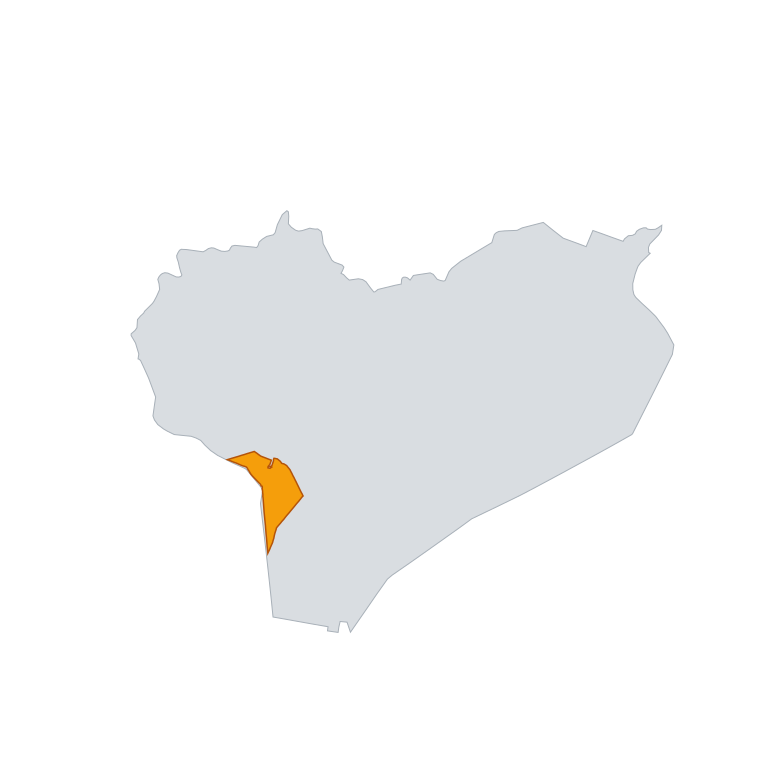 Al-Kaim, Al-Anbar, Iraq (highlighted), rotated 294°
{"feature_id": "34846034B30812362008382", "entity_name": "Al-Kaim", "entity_type": "district", "adm_level": 2, "iso_a3": "IRQ", "parent_name": "Iraq", "parent_adm1": "Al-Anbar", "projection": "albers", "projection_center": [41.099, 34.433], "detail": "fine", "context": "in_parent", "style": "filled", "palette": "amber", "viewbox_px": 768, "rotation_deg": 294, "n_neighbors": 0, "source": "geoboundaries", "source_scale": "gbopen_adm2", "svg_char_len": 5201}
<svg xmlns="http://www.w3.org/2000/svg" viewBox="0 0 768 768"><g transform="rotate(294 384 384)"><path d="M306.9,149.1L311.7,147.8L320.4,140.3L325.4,133.3L327.0,132.6L331.7,134.8L335.0,135.4L342.6,132.6L347.1,133.9L351.0,135.6L353.1,135.7L363.4,139.7L366.0,140.2L371.3,140.6L379.1,140.6L384.1,137.7L387.6,134.8L390.1,134.8L392.6,135.4L394.7,136.5L396.5,138.5L397.4,141.4L397.3,150.6L398.2,153.0L399.6,154.7L401.4,155.0L403.5,152.9L407.1,149.9L411.6,146.6L415.0,143.5L416.9,142.4L420.0,142.4L423.0,142.8L424.7,144.1L424.8,144.6L426.5,148.9L431.2,165.0L433.6,166.9L436.3,168.5L438.2,170.9L439.0,173.3L439.0,177.0L439.2,181.4L440.4,184.7L442.0,187.2L443.5,188.4L445.6,188.4L448.2,189.0L450.0,191.4L456.2,209.7L456.8,212.1L459.2,212.7L462.9,212.2L466.9,214.0L471.1,216.8L475.3,222.2L478.0,223.0L486.1,221.8L497.4,222.2L502.8,224.8L502.4,226.6L498.4,228.8L491.4,231.5L489.5,235.6L488.5,240.8L488.9,243.7L490.8,246.8L496.2,252.9L496.6,255.1L497.6,258.3L498.7,260.4L497.8,264.7L493.4,267.8L487.5,271.3L475.9,286.0L475.1,289.1L475.6,297.4L474.5,299.8L470.6,300.0L467.6,299.7L467.5,302.6L465.8,306.6L464.8,310.0L469.7,317.8L470.7,322.0L470.1,325.9L466.2,332.7L463.9,337.3L464.6,338.3L467.9,340.0L478.8,354.1L482.3,359.1L486.6,357.6L488.2,357.6L489.5,358.4L490.3,360.1L490.5,362.3L489.5,365.6L495.1,366.7L497.2,369.9L504.3,381.0L504.2,384.4L501.3,390.0L501.5,393.5L502.3,396.7L503.4,397.8L512.9,397.7L517.1,398.8L527.3,404.1L539.1,412.4L548.8,419.2L557.0,425.0L565.5,424.0L567.9,425.0L570.1,426.9L572.9,431.8L578.5,443.1L582.8,446.7L589.8,455.5L596.4,463.8L593.2,475.9L590.1,488.4L591.2,504.3L591.7,512.8L600.0,512.6L609.2,512.4L610.0,522.6L610.7,532.8L611.6,544.4L614.4,544.7L618.8,546.9L620.9,550.6L623.4,552.5L626.2,552.6L629.1,554.3L632.1,557.4L633.3,559.9L632.7,561.7L633.5,564.7L635.7,569.0L638.2,570.9L642.0,573.2L637.2,575.0L631.8,574.2L620.1,569.9L616.4,570.0L611.8,572.3L611.7,574.0L599.4,569.1L595.0,568.2L593.4,568.2L586.6,568.7L576.9,570.4L571.3,573.0L567.5,575.8L565.8,578.3L565.2,579.6L562.5,587.0L559.4,596.3L556.2,604.8L549.5,616.8L545.8,622.4L537.6,632.9L528.3,635.4L506.3,634.5L482.0,633.4L457.8,632.2L439.7,631.3L438.4,630.8L420.1,617.2L405.8,606.4L388.0,592.8L369.9,578.9L351.6,564.7L338.4,554.3L322.4,540.9L308.0,528.7L296.6,519.0L282.0,510.6L270.7,503.9L254.3,494.2L241.2,486.4L230.0,479.7L212.9,469.3L207.2,466.5L189.4,462.9L172.6,459.8L155.2,456.5L143.6,454.3L151.4,447.1L149.2,440.5L143.6,441.6L138.4,443.1L135.5,432.8L139.5,431.6L136.1,418.2L132.7,404.4L129.4,391.0L126.0,377.4L140.7,369.0L151.6,362.7L166.9,353.8L181.6,345.2L195.5,337.0L210.8,327.9L224.5,319.8L236.9,316.5L239.5,313.9L245.2,302.6L250.0,293.0L250.3,290.8L250.3,277.1L251.1,261.1L252.7,252.6L255.4,245.0L257.9,239.5L258.2,234.3L257.8,229.1L255.2,221.2L252.5,212.9L252.8,205.0L253.3,200.7L254.9,193.9L257.8,188.9L260.9,185.9L272.4,182.6L279.2,180.7L288.3,171.8L293.6,166.6L301.1,158.2L306.5,152.0L307.0,149.9L306.9,149.1Z" fill="#d9dde1" stroke="#a8b0b8" stroke-width="1"/><path d="M248.8,355.6L248.9,355.4L250.2,354.0L251.0,352.9L251.8,351.9L252.7,350.8L254.4,348.8L255.5,347.5L256.5,346.3L257.5,345.1L258.7,343.7L259.9,342.2L260.9,341.0L262.1,339.6L262.8,338.6L263.7,337.5L264.6,336.5L265.4,335.5L266.3,334.3L267.3,333.2L268.0,331.9L268.7,330.5L269.3,329.3L269.9,328.3L270.1,326.6L270.3,325.2L270.1,324.0L269.9,322.8L270.6,321.7L271.2,320.7L271.4,319.9L271.8,318.5L272.2,317.0L271.9,315.8L271.7,314.7L271.4,313.7L270.9,313.7L270.5,313.7L269.9,313.9L268.8,314.3L267.9,314.4L266.8,314.5L265.4,314.6L263.8,314.8L263.3,314.5L262.4,313.8L262.6,314.5L262.4,315.2L261.6,314.7L260.6,314.2L260.5,313.7L260.2,312.1L261.3,311.7L261.9,311.8L263.0,312.1L263.7,312.5L264.3,312.4L265.9,312.3L267.3,312.2L268.6,312.0L268.5,310.6L268.4,309.0L268.3,306.5L268.2,304.6L268.1,303.0L268.0,300.7L268.3,299.3L268.6,297.8L269.0,296.3L269.3,294.5L269.6,292.9L268.8,292.0L268.0,291.1L267.2,290.1L266.1,288.9L265.3,287.9L264.4,286.9L263.4,285.8L262.5,284.8L261.5,283.6L260.5,282.4L259.1,280.9L257.9,279.5L256.9,278.3L255.6,276.8L254.1,275.0L252.6,273.3L251.4,271.9L251.2,271.7L251.3,273.5L251.4,276.4L251.5,279.1L251.7,281.1L251.7,283.0L251.7,284.6L251.7,285.8L251.7,286.9L251.8,288.0L251.8,288.6L252.1,290.1L252.1,291.4L252.2,292.1L251.5,293.4L250.5,294.6L249.6,296.1L249.0,296.9L248.1,298.1L247.6,298.9L247.4,299.2L246.4,301.3L245.5,303.5L244.6,305.7L243.7,307.9L243.0,309.6L242.2,311.8L241.7,312.5L241.3,312.8L241.0,313.0L240.9,313.3L241.0,313.9L241.0,314.3L240.2,314.8L238.9,315.3L237.8,316.0L236.8,316.6L235.6,317.2L233.8,318.3L231.9,319.1L231.0,319.7L229.2,320.7L224.9,323.0L222.5,324.3L221.0,325.1L218.7,326.3L211.8,330.2L205.7,333.7L205.4,333.8L199.0,337.3L195.3,339.4L191.5,341.5L188.3,343.2L185.0,345.1L182.2,346.7L182.6,346.7L185.0,346.8L187.1,346.8L188.6,346.7L190.2,346.7L192.2,346.7L193.8,346.7L196.1,346.3L198.2,346.1L200.7,345.5L202.3,345.2L203.5,345.0L205.5,344.8L207.2,344.6L208.8,344.3L209.7,344.5L211.1,344.9L213.4,345.6L215.0,346.1L216.7,346.5L218.2,347.0L219.7,347.5L221.5,347.9L223.1,348.3L225.2,348.9L227.4,349.6L229.7,350.2L232.1,350.9L234.2,351.5L236.8,352.2L238.7,352.7L240.7,353.3L242.2,353.8L243.6,354.1L244.9,354.5L246.7,354.9L248.6,355.5L248.8,355.6Z" fill="#f59e0b" stroke="#b45309" stroke-width="1.5"/></g></svg>